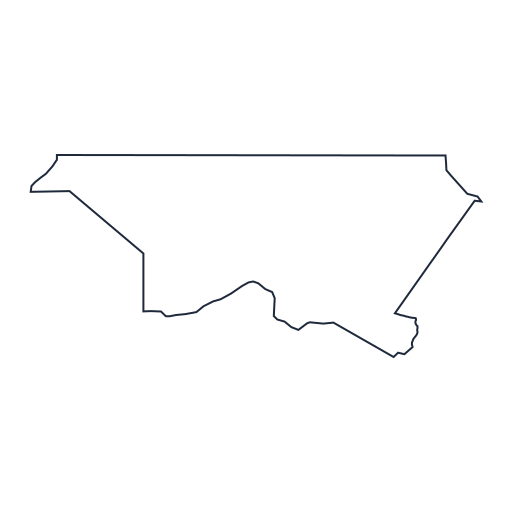 Micomiseng, Kié-Ntem, Equatorial Guinea
{"feature_id": "11065452B35658646165921", "entity_name": "Micomiseng", "entity_type": "district", "adm_level": 2, "iso_a3": "GNQ", "parent_name": "Equatorial Guinea", "parent_adm1": "Kié-Ntem", "projection": "albers", "projection_center": [10.868, 2.052], "detail": "fine", "context": "isolated", "style": "outline", "palette": "slate", "viewbox_px": 512, "rotation_deg": 0, "n_neighbors": 0, "source": "geoboundaries", "source_scale": "gbopen_adm2", "svg_char_len": 1652}
<svg xmlns="http://www.w3.org/2000/svg" viewBox="0 0 512 512"><path d="M298.4,329.9L307.1,323.3L309.8,322.3L323.3,323.6L333.4,322.6L393.6,357.0L398.1,352.7L404.4,354.2L412.6,347.0L412.6,346.9L412.0,344.8L412.0,344.5L411.9,344.3L412.0,342.8L412.0,342.5L412.1,342.2L412.7,340.9L413.2,339.3L413.4,339.1L413.5,338.8L414.4,337.6L414.5,337.5L414.6,337.3L415.0,336.9L415.6,336.2L416.3,335.2L417.1,333.8L417.3,333.1L417.5,332.1L417.2,330.0L417.2,329.7L417.2,329.4L417.4,328.8L417.5,327.7L417.5,326.6L417.5,326.2L416.8,325.6L416.6,325.3L416.4,325.1L415.5,323.3L415.5,322.9L415.4,322.5L415.5,321.2L415.6,320.9L415.7,320.6L416.0,320.1L416.0,319.4L416.0,319.1L415.5,318.3L415.5,318.1L415.4,318.1L415.2,318.1L413.9,317.9L412.4,317.8L412.2,317.8L409.1,317.2L408.9,317.1L407.5,316.7L405.8,316.4L405.7,316.4L403.8,315.7L402.0,315.4L400.2,315.0L400.1,314.9L396.4,313.7L394.9,313.3L430.0,263.5L431.0,262.1L442.4,246.0L442.5,245.8L450.7,234.1L450.8,234.0L451.6,232.9L452.3,232.0L453.0,231.0L453.7,230.0L468.9,208.8L474.7,200.7L478.7,201.2L481.3,201.5L480.2,200.0L477.5,196.5L467.3,193.8L450.9,175.5L446.4,170.2L446.1,163.4L445.5,155.9L445.5,155.5L56.9,155.0L56.9,159.9L56.0,161.0L52.5,166.3L45.9,173.8L41.0,177.4L35.1,182.1L31.5,186.0L30.7,191.8L32.5,191.8L69.5,191.1L109.6,225.0L110.1,225.4L143.4,253.5L143.4,282.1L143.4,283.7L143.4,311.4L151.0,311.1L161.0,311.5L165.8,316.2L169.3,316.3L176.2,315.0L185.4,314.1L196.4,312.1L203.6,306.2L213.1,301.4L220.5,299.3L231.1,293.5L242.2,285.9L248.6,282.4L253.2,281.5L258.3,283.3L265.3,289.1L272.2,292.1L274.7,298.2L273.8,316.0L277.3,319.5L284.6,321.6L291.3,327.1L298.4,329.9Z" fill="none" stroke="#1e293b" stroke-width="2"/></svg>